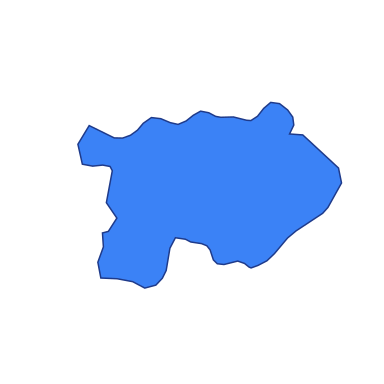 map outline of Cibitoke (Albers equal-area conic projection), rotated 123°
{"feature_id": "BDI-2638", "entity_name": "Cibitoke", "entity_type": "Province", "adm_level": 1, "iso_a3": "BDI", "parent_name": "Burundi", "parent_adm1": "", "projection": "albers", "projection_center": [29.231, -2.849], "detail": "fine", "context": "isolated", "style": "filled", "palette": "blue", "viewbox_px": 384, "rotation_deg": 123, "n_neighbors": 0, "source": "natural_earth", "source_scale": "10m", "svg_char_len": 1015}
<svg xmlns="http://www.w3.org/2000/svg" viewBox="0 0 384 384"><g transform="rotate(123 192 192)"><path d="M130.9,69.6L138.7,70.8L167.8,83.5L178.5,86.8L198.8,89.3L208.9,91.7L217.7,96.7L223.5,101.1L223.9,103.3L223.3,109.0L224.9,115.5L225.0,116.0L235.4,125.7L238.4,131.7L237.3,137.1L230.7,145.3L229.0,150.3L230.1,155.9L234.6,165.8L235.2,171.8L239.4,181.0L251.2,179.9L271.9,170.9L280.5,169.9L289.8,171.6L298.3,179.3L299.5,192.9L305.5,207.5L313.8,221.6L302.2,232.7L286.3,236.4L275.1,244.8L270.6,240.7L254.8,240.8L247.6,258.0L217.6,270.4L215.2,274.6L218.1,281.6L224.4,289.4L228.4,299.1L214.1,313.7L192.3,314.4L189.0,286.7L184.6,279.6L177.9,274.5L169.8,271.4L160.9,270.3L151.7,266.6L147.5,258.1L145.7,248.1L142.9,240.5L135.6,235.6L126.9,232.7L119.5,228.8L116.4,221.1L115.7,213.4L113.7,208.6L106.5,198.1L102.1,185.3L100.0,181.5L92.8,178.3L82.8,177.4L74.0,174.8L70.2,166.7L71.1,156.5L74.3,148.3L80.4,143.1L90.2,141.8L83.8,130.2L92.1,82.2L103.0,71.5L130.9,69.6Z" fill="#3b82f6" stroke="#1e3a8a" stroke-width="1.5"/></g></svg>